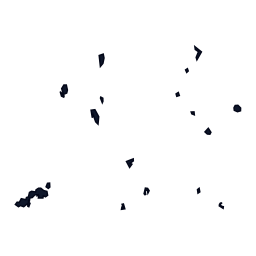 map outline of Eastern (Equal Earth projection)
{"feature_id": "FJI-2618", "entity_name": "Eastern", "entity_type": "Division", "adm_level": 1, "iso_a3": "FJI", "parent_name": "Fiji", "parent_adm1": "", "projection": "equal_earth", "projection_center": [179.768, -18.91], "detail": "medium", "context": "isolated", "style": "filled", "palette": "ink", "viewbox_px": 256, "rotation_deg": 0, "n_neighbors": 0, "source": "natural_earth", "source_scale": "10m", "svg_char_len": 1846}
<svg xmlns="http://www.w3.org/2000/svg" viewBox="0 0 256 256"><path d="M43.7,190.6L46.9,191.4L47.6,195.3L45.5,196.8L43.3,195.8L42.9,198.0L38.4,198.0L38.8,195.8L37.2,195.8L38.0,194.7L34.9,194.8L32.3,197.5L29.8,198.0L29.4,200.8L28.5,200.2L28.5,202.0L30.0,203.3L28.8,206.7L27.8,206.2L27.9,203.4L23.7,206.7L20.4,205.5L18.5,206.7L15.4,204.5L17.1,202.2L19.4,202.3L21.3,198.7L25.8,199.7L26.5,197.5L28.4,197.0L29.5,192.4L31.6,191.3L35.6,192.0L36.1,189.8L38.6,188.2L40.8,188.2L43.7,190.6ZM94.9,109.7L98.7,116.7L98.0,124.1L95.7,121.8L93.1,114.5L92.3,117.7L91.1,110.2L94.9,109.7ZM104.0,58.0L102.9,63.4L100.4,66.4L99.2,55.5L103.2,54.1L104.0,58.0ZM63.9,85.0L66.3,85.0L67.4,90.1L66.7,93.0L63.5,94.4L61.7,88.6L63.9,85.0ZM237.9,105.3L240.6,108.0L240.5,110.8L237.5,111.7L234.3,110.3L234.0,107.8L235.2,105.5L237.9,105.3ZM194.9,46.7L201.4,51.9L196.9,59.8L196.2,57.4L198.5,51.7L195.3,49.5L194.9,46.7ZM133.2,158.9L133.3,160.9L130.1,163.2L131.9,164.2L129.6,167.4L126.5,161.5L133.2,158.9ZM208.3,128.3L210.9,132.3L209.9,134.2L207.3,134.0L205.0,131.9L208.3,128.3ZM49.6,183.1L49.8,187.1L48.3,188.4L46.1,186.8L47.5,183.3L49.6,183.1ZM144.1,193.7L145.4,188.1L147.6,188.4L149.1,190.7L147.9,193.1L147.4,190.4L146.1,190.1L145.1,191.3L145.7,194.4L144.9,194.7L144.1,193.7ZM123.4,204.0L124.8,208.8L121.5,209.3L121.9,207.2L123.2,207.8L122.1,204.3L123.4,204.0ZM176.8,96.3L176.1,93.9L178.3,92.5L179.3,95.5L176.8,96.3ZM198.0,193.1L197.5,189.6L199.1,188.3L199.8,191.9L198.0,193.1ZM191.2,112.0L194.0,111.9L194.3,114.8L191.8,113.8L191.2,112.0ZM220.0,204.0L221.3,206.2L223.3,206.7L223.1,208.3L219.3,205.9L219.5,204.4L220.4,203.1L222.1,202.9L220.0,204.0ZM186.7,72.4L185.6,69.9L187.4,68.7L188.2,71.0L186.7,72.4ZM102.8,98.2L102.9,101.3L102.3,102.7L100.5,98.1L100.8,97.1L102.8,98.2ZM60.2,91.6L64.1,96.0L63.7,97.1L61.5,96.1L60.2,91.6Z" fill="#0f172a" stroke="#020617" stroke-width="1.5"/></svg>